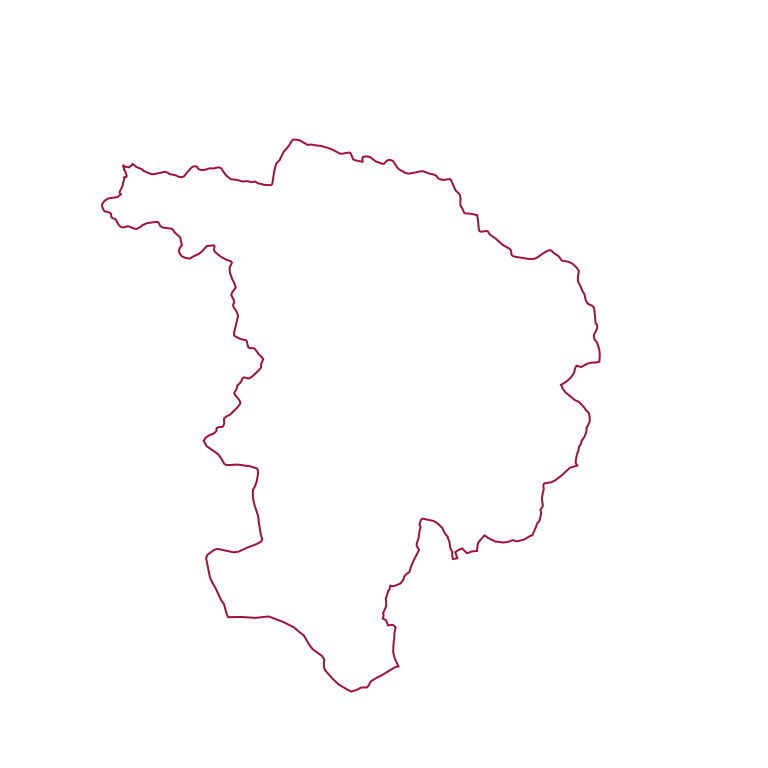 Bac Ha, Lào Cai, Vietnam (Mercator projection), rotated 163°
{"feature_id": "81297802B71116262659242", "entity_name": "Bac Ha", "entity_type": "district", "adm_level": 2, "iso_a3": "VNM", "parent_name": "Vietnam", "parent_adm1": "Lào Cai", "projection": "mercator", "projection_center": [104.318, 22.502], "detail": "fine", "context": "isolated", "style": "outline", "palette": "rose", "viewbox_px": 768, "rotation_deg": 163, "n_neighbors": 0, "source": "geoboundaries", "source_scale": "gbopen_adm2", "svg_char_len": 6163}
<svg xmlns="http://www.w3.org/2000/svg" viewBox="0 0 768 768"><g transform="rotate(163 384 384)"><path d="M573.1,382.4L571.7,376.3L563.1,365.3L561.1,358.9L560.2,354.5L558.5,352.5L547.4,349.7L535.8,344.3L530.2,340.4L529.8,338.5L530.9,334.5L534.2,328.1L537.7,323.4L539.8,321.7L541.3,318.4L542.9,311.4L543.2,305.6L543.0,294.3L544.2,288.2L545.9,275.6L545.9,271.3L547.2,269.3L552.5,268.2L562.7,267.5L572.2,266.2L577.0,267.0L591.4,275.0L595.0,275.0L602.9,272.2L605.0,269.6L607.0,249.9L606.1,243.4L604.8,238.2L603.0,225.2L601.4,220.3L601.7,209.6L601.2,206.6L588.2,202.8L575.5,198.0L562.2,195.4L550.0,185.9L541.6,177.9L534.1,166.6L531.5,155.7L529.7,151.1L522.9,142.2L521.8,138.6L521.9,137.0L523.0,135.2L524.2,130.8L523.9,127.2L519.3,117.2L515.2,109.9L509.9,104.1L505.2,99.4L500.1,99.4L494.5,100.4L489.1,98.8L486.4,100.5L483.5,103.5L476.6,105.3L472.3,105.9L457.3,109.7L454.7,110.0L452.8,109.7L454.0,119.2L453.6,124.9L451.9,130.0L449.6,135.7L448.9,136.7L446.8,143.0L444.0,147.8L445.4,150.5L446.3,151.3L450.8,152.0L450.9,155.1L451.4,157.8L453.8,160.2L452.1,162.5L451.9,165.0L446.9,171.0L445.9,174.0L444.9,178.7L443.9,179.6L440.4,185.0L439.0,185.8L436.9,189.3L435.8,188.6L433.3,187.8L426.7,188.4L425.4,189.2L422.2,191.8L421.1,193.8L420.1,194.7L416.7,196.2L415.4,196.4L414.2,197.4L411.6,201.4L407.5,206.3L399.0,215.0L400.0,219.5L399.4,221.8L396.0,226.5L392.8,233.6L391.5,235.3L391.0,236.2L391.2,238.7L390.8,239.7L388.5,243.2L386.4,244.0L376.5,238.4L373.4,234.9L370.4,229.4L369.9,225.6L368.9,221.7L367.7,219.7L368.0,217.8L367.5,214.4L368.6,207.3L367.8,203.7L369.1,199.3L369.3,196.5L364.8,195.9L365.0,202.4L361.1,203.5L357.3,203.9L354.3,198.1L352.4,197.9L349.0,198.2L343.9,197.2L341.2,203.5L339.9,205.0L332.2,209.9L329.4,206.3L323.5,200.8L315.8,197.4L310.8,196.7L306.2,197.1L304.5,195.4L302.9,194.7L295.6,194.2L289.1,195.9L286.4,196.0L280.4,202.9L279.1,204.9L277.9,206.1L275.3,207.7L271.6,214.1L271.1,218.1L268.2,220.4L267.5,221.8L266.6,228.2L263.6,234.2L262.2,236.1L261.2,240.5L260.3,241.8L259.0,242.1L252.7,241.1L248.6,241.8L240.6,244.7L230.8,249.5L223.0,249.5L223.8,252.2L222.9,255.0L220.0,260.4L217.6,263.4L215.7,267.2L213.4,268.9L211.4,272.1L207.8,274.9L206.0,277.0L204.1,279.9L203.1,283.0L200.4,285.4L197.9,288.6L196.9,292.8L196.7,297.0L198.5,300.0L199.6,303.5L202.7,309.7L206.0,312.6L212.9,322.9L214.4,327.3L215.0,331.6L213.0,331.8L207.8,333.3L202.9,335.9L198.9,339.2L196.8,343.0L194.5,345.2L190.5,342.6L183.5,344.0L179.4,343.8L175.2,342.6L171.5,342.4L168.9,349.5L168.1,354.0L168.1,360.3L168.4,362.0L169.7,365.2L169.4,368.2L168.9,369.7L164.7,373.9L163.3,376.2L163.1,378.5L163.8,380.6L161.0,394.3L161.2,396.7L162.5,398.4L165.5,401.0L166.6,405.0L166.1,411.3L167.0,414.8L167.5,420.0L168.4,424.7L168.3,426.2L167.4,429.5L164.7,434.9L164.7,435.8L165.8,439.2L168.7,444.0L171.9,447.0L177.9,450.0L179.3,454.2L180.1,455.8L183.2,459.3L184.3,461.6L185.5,463.1L187.0,463.6L189.5,463.5L194.2,462.3L200.5,460.1L203.8,459.8L207.0,460.5L210.7,462.1L222.1,467.7L223.6,469.0L224.3,470.5L223.6,473.6L223.7,475.5L224.9,477.2L229.8,482.3L235.2,491.2L238.0,494.5L239.2,496.5L240.0,499.4L241.2,500.4L246.5,501.2L247.9,502.2L248.1,504.1L246.1,513.8L245.6,518.3L251.2,521.4L256.5,523.5L257.3,524.4L257.6,527.9L258.7,532.7L256.4,539.8L256.2,542.5L256.4,543.6L259.0,548.3L260.3,559.7L261.4,560.8L267.5,561.8L269.8,562.9L272.3,565.0L272.9,567.4L274.2,569.1L279.8,572.4L283.7,575.6L286.3,576.6L298.5,577.8L301.5,579.3L306.9,584.9L308.0,587.0L310.1,594.4L311.6,595.9L313.6,596.8L315.0,596.9L317.0,596.2L319.4,594.7L321.0,594.9L326.8,599.3L330.7,604.8L334.1,606.9L337.9,607.2L339.0,605.6L339.2,603.4L339.7,602.8L346.0,606.3L347.8,607.9L348.3,613.6L348.7,614.9L349.4,615.4L351.2,615.8L357.0,616.5L358.9,617.3L363.8,622.2L368.0,625.8L375.2,630.4L378.8,631.8L383.6,634.3L387.3,635.1L393.3,641.6L395.7,643.0L399.3,644.3L400.1,644.2L405.5,639.5L412.4,635.1L418.5,628.5L422.6,626.3L426.1,620.9L432.2,608.3L432.8,607.6L434.1,607.2L440.9,609.7L442.2,610.8L445.5,612.5L448.0,615.2L451.9,615.8L455.1,617.9L459.8,618.9L465.6,622.5L470.6,624.6L473.8,629.3L476.0,635.3L476.1,636.8L477.0,638.2L478.1,639.1L479.4,639.6L484.1,640.0L487.9,641.3L492.2,641.1L496.0,641.9L498.5,643.6L499.5,646.6L500.9,647.5L502.1,647.7L504.2,647.4L505.9,646.7L514.7,641.0L517.3,641.0L519.5,642.0L522.8,644.9L527.8,647.5L529.1,649.3L531.3,651.0L542.4,651.9L544.4,652.4L546.0,653.4L551.5,657.9L552.6,660.1L557.2,663.8L558.7,666.2L560.3,667.9L561.2,666.8L562.8,666.6L564.3,665.6L566.0,666.8L568.0,667.3L569.3,669.2L569.8,668.4L569.4,666.3L570.0,665.0L569.2,663.1L569.2,658.4L569.8,657.4L572.1,657.7L572.7,655.3L574.6,652.9L575.7,650.4L580.7,644.9L580.8,643.6L580.2,642.3L584.2,640.7L593.7,642.1L597.7,640.9L600.3,639.0L601.3,637.8L601.6,635.9L601.3,632.1L600.6,630.8L596.1,628.0L595.3,626.8L595.8,624.0L595.6,622.7L594.6,621.5L593.2,620.8L592.5,619.9L591.3,614.0L590.4,612.2L589.3,610.8L587.6,609.9L583.1,609.8L581.7,609.2L578.5,606.4L575.5,604.6L571.3,605.3L568.3,606.6L563.5,607.1L554.1,605.6L552.8,604.8L552.2,603.5L551.8,600.6L550.5,598.9L548.8,597.8L541.9,594.7L540.8,593.6L539.9,590.3L536.1,583.9L536.7,575.9L538.9,574.3L540.3,572.8L541.2,571.6L541.3,570.1L541.2,568.4L540.0,565.2L537.1,562.7L533.3,560.8L527.7,562.0L523.0,562.5L519.5,563.9L513.2,567.7L506.6,566.5L505.8,566.0L505.9,565.0L507.4,562.0L507.0,559.7L502.9,553.5L498.9,549.3L494.5,546.1L494.0,544.6L495.7,542.4L497.3,541.0L498.0,539.2L498.8,535.3L498.5,528.4L497.8,525.1L497.6,522.6L497.6,519.6L502.8,515.7L504.1,513.5L503.1,508.5L503.1,507.0L503.8,505.4L505.0,504.1L505.4,502.9L505.4,501.8L503.8,496.3L503.6,491.8L512.6,476.6L513.1,474.6L512.8,473.5L508.4,469.2L503.1,466.1L502.7,465.0L503.1,460.5L502.9,458.5L500.9,457.0L498.5,456.7L497.4,455.5L494.8,448.6L492.4,444.0L492.4,442.9L495.9,438.7L496.6,435.9L498.1,434.7L502.3,432.4L508.2,429.6L511.0,428.8L512.7,429.3L515.4,431.0L517.0,431.3L520.3,427.8L522.0,426.7L525.1,425.2L526.0,422.8L530.0,419.0L529.9,418.0L527.2,411.4L526.8,408.8L527.1,407.3L528.1,406.5L531.9,404.0L540.4,399.6L543.2,399.3L546.6,398.1L547.3,397.3L548.3,392.9L550.2,390.6L551.7,390.3L554.7,391.1L556.8,390.7L557.3,390.3L557.7,388.3L560.3,386.8L562.8,386.2L565.8,386.1L570.0,384.9L573.1,382.4Z" fill="none" stroke="#9f1239" stroke-width="2"/></g></svg>